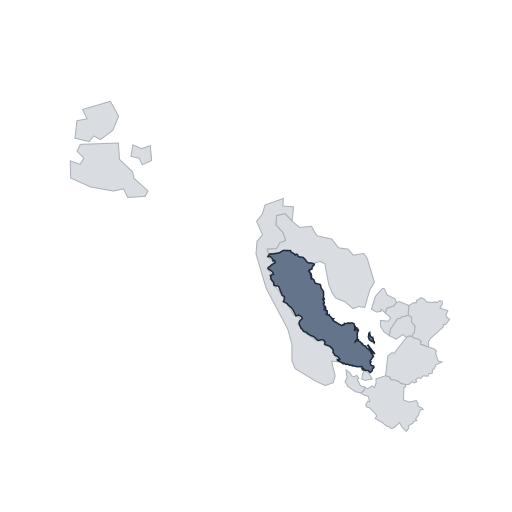 Sweden shown with its bordering countries, rotated 305°
{"feature_id": "SWE", "entity_name": "Sweden", "entity_type": "country or territory", "adm_level": 0, "iso_a3": "SWE", "parent_name": "Europe", "parent_adm1": "", "projection": "mercator", "projection_center": [17.555, 62.192], "detail": "fine", "context": "with_neighbors", "style": "filled", "palette": "slate", "viewbox_px": 512, "rotation_deg": 305, "n_neighbors": 9, "source": "natural_earth", "source_scale": "50m", "svg_char_len": 10423}
<svg xmlns="http://www.w3.org/2000/svg" viewBox="0 0 512 512"><g transform="rotate(305 256 256)"><path d="M237.3,58.9L239.3,49.2L246.7,48.1L269.6,78.5L256.9,88.7L254.1,106.8L249.7,111.3L247.3,130.2L241.2,131.0L230.4,117.3L235.0,109.0L227.4,102.0L217.6,80.8L213.6,59.5L227.4,49.3L230.2,59.3L237.3,58.9ZM317.8,258.6L305.2,265.6L307.3,255.5L300.8,249.7L293.0,254.7L290.5,265.2L285.7,271.4L280.3,268.0L273.7,268.7L268.1,261.3L265.1,265.0L262.0,265.6L261.2,274.7L251.7,272.5L250.4,280.1L245.5,280.1L237.2,303.7L229.3,320.8L231.2,324.8L229.4,329.4L224.4,329.2L221.1,339.9L221.5,354.3L224.7,359.7L223.0,371.8L216.6,384.4L213.2,378.3L203.2,389.6L196.5,391.9L189.6,387.0L187.7,376.4L186.2,352.5L190.8,345.5L204.1,336.2L214.1,324.3L235.4,282.8L257.7,254.8L268.8,248.3L277.1,249.1L284.8,236.5L294.0,237.2L303.0,234.1L318.8,245.4L312.3,249.4L317.8,258.6ZM299.2,48.0L291.7,63.3L277.1,66.6L262.2,61.9L261.3,54.2L254.1,53.7L248.6,40.2L264.1,31.7L271.5,39.0L276.6,29.9L299.2,48.0ZM285.7,106.1L274.4,115.8L265.5,110.4L269.0,104.2L265.9,96.4L276.4,91.4L278.4,100.7L285.7,106.1Z" fill="#d9dde1" stroke="#a8b0b8" stroke-width="1"/><path d="M303.1,409.6L308.4,411.9L309.1,414.1L311.7,413.0L316.7,415.2L317.2,419.3L316.1,421.7L319.2,427.4L321.3,428.9L321.0,430.5L324.4,432.0L325.8,434.2L323.9,436.1L318.8,436.6L321.3,444.6L316.9,445.1L315.4,446.9L315.1,451.0L308.5,450.6L307.2,448.7L305.3,450.1L288.7,446.2L284.8,446.4L282.0,448.6L279.6,448.9L279.5,445.3L278.0,441.5L281.0,439.8L281.0,436.4L279.6,433.2L279.4,429.5L284.3,429.5L289.8,426.3L290.9,421.4L295.1,418.6L294.6,414.6L303.1,409.6Z" fill="#d9dde1" stroke="#a8b0b8" stroke-width="1"/><path d="M279.4,429.5L279.6,433.2L281.0,436.4L281.0,439.8L278.0,441.5L282.2,455.9L281.6,458.2L279.1,459.1L274.5,465.6L275.8,469.1L269.9,465.6L266.3,466.7L263.9,465.9L261.0,467.6L258.4,464.9L256.3,465.9L253.7,461.6L250.0,461.1L249.5,458.7L246.0,457.8L245.3,459.8L242.6,458.2L242.9,456.0L239.1,455.3L236.7,452.7L234.6,447.6L235.0,444.7L233.8,440.3L232.0,437.4L233.4,435.1L232.2,430.8L249.8,421.3L254.9,422.8L255.3,424.9L275.6,425.9L278.2,426.8L279.4,429.5Z" fill="#d9dde1" stroke="#a8b0b8" stroke-width="1"/><path d="M294.6,414.6L295.1,418.6L290.9,421.4L289.8,426.3L284.3,429.5L279.4,429.5L278.2,426.8L275.6,425.9L275.7,421.3L268.2,418.4L267.2,410.9L272.9,408.1L286.3,407.8L287.1,409.6L289.7,410.2L294.6,414.6Z" fill="#d9dde1" stroke="#a8b0b8" stroke-width="1"/><path d="M298.6,397.6L301.0,399.7L303.1,409.6L294.6,414.6L289.7,410.2L287.1,409.6L286.3,407.8L272.9,408.1L267.2,410.9L267.3,404.0L269.8,398.2L274.6,394.9L278.6,401.9L282.6,401.8L283.6,394.6L287.9,392.9L294.4,397.6L298.6,397.6Z" fill="#d9dde1" stroke="#a8b0b8" stroke-width="1"/><path d="M302.1,378.3L302.8,380.0L299.3,385.6L300.7,394.6L298.6,397.6L294.4,397.6L287.9,392.9L283.6,394.6L284.2,388.9L282.3,390.2L279.1,386.7L278.7,381.1L291.4,376.9L302.1,378.3Z" fill="#d9dde1" stroke="#a8b0b8" stroke-width="1"/><path d="M232.2,430.8L233.4,435.1L232.0,437.4L233.8,440.3L235.0,444.7L234.6,447.6L236.7,452.7L234.5,453.6L233.1,452.6L222.7,459.4L224.1,465.0L229.5,470.2L227.8,473.7L226.0,474.7L226.7,479.6L226.2,480.9L224.6,479.3L222.2,479.1L218.6,480.5L214.2,480.1L213.4,482.1L210.9,480.0L209.4,480.5L204.0,478.2L202.9,479.8L198.6,479.7L199.3,474.4L201.8,469.1L194.6,467.7L192.2,465.7L192.5,462.3L191.5,460.5L192.0,455.2L191.2,446.7L194.2,446.7L195.5,443.6L196.7,436.0L195.8,433.1L196.8,431.3L201.0,430.9L201.9,432.7L205.4,428.5L204.2,425.3L204.0,420.4L207.8,421.5L211.0,420.2L211.1,423.6L216.2,425.6L216.1,428.6L221.3,427.0L224.1,424.7L232.2,430.8Z" fill="#d9dde1" stroke="#a8b0b8" stroke-width="1"/><path d="M211.0,420.2L207.8,421.5L204.0,420.4L201.9,415.5L201.8,406.2L204.1,401.0L208.5,400.4L214.3,395.2L214.2,400.0L212.7,403.0L213.3,405.6L216.0,407.0L214.8,410.4L213.3,409.4L209.6,415.9L211.0,420.2ZM223.4,410.1L225.0,414.6L221.9,421.8L216.7,416.8L216.0,413.1L223.4,410.1Z" fill="#d9dde1" stroke="#a8b0b8" stroke-width="1"/><path d="M305.2,265.6L304.4,275.3L312.1,284.3L307.5,294.2L313.4,308.5L310.0,318.9L314.5,327.6L312.4,335.1L319.9,342.8L318.0,348.3L302.5,367.9L293.4,368.7L276.3,374.6L273.4,369.0L268.5,365.7L269.6,355.4L267.2,345.6L269.6,339.2L274.2,332.1L289.1,316.9L288.5,311.8L281.5,306.0L279.8,301.2L279.7,281.1L265.1,265.0L268.1,261.3L273.7,268.7L280.3,268.0L285.7,271.4L290.5,265.2L293.0,254.7L300.8,249.7L307.3,255.5L305.2,265.6Z" fill="#d9dde1" stroke="#a8b0b8" stroke-width="1"/><path d="M218.4,382.6L218.8,383.8L219.2,384.0L219.7,383.7L220.0,382.8L220.5,380.1L219.9,377.5L219.9,377.1L220.7,376.1L221.2,374.4L221.4,374.1L222.3,373.9L223.0,373.4L223.9,371.9L224.1,370.6L224.1,369.9L224.3,369.4L224.5,368.4L224.3,367.5L223.7,366.0L223.1,363.9L223.0,362.8L223.9,362.3L224.9,362.3L225.1,362.2L225.4,361.0L225.7,360.5L225.8,359.7L225.9,359.1L225.3,358.1L224.5,357.1L223.9,356.8L222.3,355.2L223.0,350.4L223.0,349.1L222.1,345.8L222.2,344.4L222.0,342.2L222.6,341.3L222.2,340.3L221.5,338.0L222.6,335.8L222.4,334.6L223.0,333.7L224.8,330.7L225.5,330.0L226.5,329.4L227.6,329.1L228.0,329.1L231.4,329.8L231.6,329.5L232.3,328.0L232.3,327.0L232.2,325.5L232.0,324.6L229.8,323.2L232.2,318.9L233.4,316.2L233.7,315.1L234.0,314.7L234.3,310.5L234.6,309.3L234.8,308.7L234.8,308.0L234.3,304.5L236.8,304.0L238.5,303.0L239.1,302.3L238.8,300.0L239.4,299.2L241.1,296.4L242.9,293.8L243.7,292.7L243.9,291.5L243.5,290.2L242.3,287.9L242.6,286.9L244.0,286.3L244.6,285.2L245.6,281.7L247.6,279.9L248.3,278.9L251.3,280.8L252.4,278.5L252.6,277.6L252.5,276.0L252.5,273.9L252.6,273.1L253.7,272.6L255.6,273.5L257.1,273.6L261.2,275.4L261.7,275.4L263.0,273.8L261.7,272.9L262.6,272.0L263.0,271.1L263.4,270.0L263.6,268.6L263.5,267.9L262.4,266.2L265.0,266.0L266.3,266.8L266.4,267.0L266.5,267.8L267.8,268.9L268.2,269.5L269.0,270.4L269.2,270.8L270.0,271.4L271.9,273.2L272.9,273.8L273.7,274.0L275.9,275.0L276.2,275.3L277.5,276.8L277.9,278.4L278.6,278.5L278.8,279.1L279.4,280.0L280.2,280.9L280.2,281.2L279.5,282.0L279.4,283.0L279.5,284.3L279.7,285.4L279.7,285.7L279.3,286.7L279.3,287.5L280.3,287.7L280.7,288.0L280.9,289.2L280.8,289.4L280.3,290.0L280.1,290.4L280.1,291.1L280.2,291.8L280.4,292.6L281.7,295.0L281.9,295.9L281.7,296.3L281.5,297.2L281.4,298.2L281.3,298.9L280.8,299.8L280.5,300.1L280.4,300.6L280.4,301.4L280.5,303.0L280.6,303.4L280.8,303.7L281.5,304.3L282.3,306.2L282.8,308.5L281.5,308.8L280.5,308.2L279.9,308.5L279.1,308.5L278.1,308.7L277.7,309.2L277.5,309.4L276.6,308.7L275.7,307.7L275.0,308.5L274.6,308.6L274.3,307.9L273.9,307.8L273.8,308.1L273.6,308.7L273.4,309.2L273.3,309.5L273.3,310.8L273.2,311.1L272.4,310.9L272.4,311.2L272.6,311.4L272.7,311.6L272.4,311.9L271.5,311.9L271.4,312.1L271.7,312.6L271.5,313.0L271.3,313.2L270.3,313.4L269.7,313.4L269.6,313.6L269.5,314.0L269.6,314.3L269.9,314.5L270.0,314.7L269.9,315.1L269.7,315.2L269.1,314.4L268.9,314.5L269.1,314.9L269.4,315.3L269.6,315.8L269.8,316.3L269.8,316.8L269.0,318.1L267.9,319.7L267.6,320.5L268.3,321.5L268.9,323.7L269.5,324.6L269.2,325.6L268.2,326.5L267.0,327.9L265.7,331.5L265.3,332.0L264.1,332.6L263.7,333.2L262.9,333.8L261.4,334.4L260.7,335.3L260.4,336.1L260.1,336.2L259.3,335.6L259.3,336.5L258.6,335.9L258.2,336.5L258.0,337.4L257.0,338.6L255.9,338.4L255.7,338.6L256.0,338.8L256.1,339.0L255.6,339.1L255.1,339.3L254.8,339.3L254.4,340.6L253.5,340.9L253.3,341.3L254.3,341.4L254.1,342.4L253.0,343.0L252.8,343.4L252.6,343.6L252.1,343.6L252.2,343.1L251.5,343.1L251.3,342.5L251.1,342.7L251.2,343.2L251.6,344.4L251.5,344.8L251.3,345.0L251.4,345.3L251.8,345.4L251.9,345.7L251.5,345.9L250.9,346.8L250.3,346.8L250.0,347.3L249.6,347.3L249.3,347.0L248.8,346.7L248.6,347.2L248.6,347.6L248.9,348.6L249.4,349.4L249.9,349.7L249.5,349.9L249.3,350.4L248.6,353.6L248.8,355.0L249.1,355.6L248.4,355.5L247.7,355.2L247.8,355.9L247.4,356.7L247.5,358.0L247.4,358.8L247.6,359.0L247.7,359.5L247.5,359.9L247.6,360.2L247.8,362.9L247.7,363.3L248.1,364.7L248.0,365.9L248.5,366.5L249.5,366.5L250.0,367.6L250.4,367.5L251.1,367.1L251.5,367.0L251.8,367.8L252.6,368.9L253.0,369.4L253.8,369.6L254.6,370.5L254.4,371.5L254.8,371.8L255.7,372.2L256.5,373.6L256.7,374.8L256.6,375.5L255.4,376.5L254.7,377.4L253.8,378.1L253.5,378.3L253.1,378.6L252.8,378.8L252.6,378.7L251.6,379.4L251.6,379.7L252.4,379.8L252.8,379.7L253.1,379.3L253.4,379.3L253.7,379.3L254.3,378.9L254.6,379.1L254.9,379.7L254.3,380.1L253.8,380.1L253.6,381.2L253.2,381.9L252.2,382.3L251.6,382.9L250.9,383.4L250.6,383.3L250.1,383.8L249.0,384.3L248.5,385.1L247.2,385.8L246.6,386.3L244.9,386.4L243.3,386.2L242.7,386.5L243.3,386.6L243.6,386.8L244.1,386.7L245.6,387.0L246.3,387.9L245.8,388.2L245.0,388.5L245.5,390.6L245.2,391.1L245.2,393.4L244.7,393.4L244.5,394.4L244.6,394.9L244.6,396.0L244.7,396.7L245.0,397.3L244.8,398.0L244.1,399.5L244.1,400.3L244.2,400.7L244.3,401.4L243.7,403.8L243.4,404.7L242.8,405.8L242.4,406.6L241.6,409.1L241.3,409.6L240.8,410.0L240.3,409.6L239.8,409.5L239.2,409.5L238.3,409.8L236.9,409.6L235.5,409.7L235.2,409.9L235.4,410.8L234.9,411.0L234.4,410.7L233.6,411.3L232.9,412.1L232.7,412.6L232.6,413.6L233.0,414.4L233.3,415.4L232.5,416.5L232.0,416.6L230.6,416.2L228.2,417.0L226.0,416.4L226.2,415.8L226.2,415.3L226.4,413.9L226.4,413.4L226.2,412.9L225.7,412.2L224.5,409.9L224.1,408.9L223.9,408.5L224.0,408.5L225.1,409.0L225.5,408.7L225.2,408.0L225.0,407.6L224.8,407.1L225.4,407.0L225.8,407.0L226.1,406.5L225.9,405.5L225.1,405.1L224.4,403.6L223.6,402.9L222.3,399.9L221.8,397.8L221.3,398.0L220.9,396.3L220.9,395.6L220.2,395.3L220.0,392.9L219.2,392.6L218.7,391.5L218.6,389.4L218.1,389.0L217.7,389.1L217.7,388.5L217.8,388.1L217.6,386.1L217.5,384.3L217.3,383.7L217.2,383.1L217.3,382.5L217.4,382.2L217.9,382.1L218.4,382.6ZM257.2,394.2L256.8,394.4L256.5,395.1L255.9,395.4L255.7,397.5L256.3,398.3L256.0,398.4L255.7,398.6L255.5,399.0L255.3,399.7L254.5,400.2L254.2,400.5L253.7,401.2L253.5,402.2L253.0,402.6L252.5,402.7L252.8,401.9L253.2,401.2L252.8,400.8L252.6,400.0L252.3,399.5L252.5,398.8L252.4,397.8L252.4,396.8L253.2,395.9L253.8,394.9L254.5,394.2L255.4,393.9L255.8,394.2L256.0,393.6L256.3,393.4L256.6,393.6L257.2,394.2ZM244.3,408.5L244.1,409.0L243.8,408.9L243.7,408.3L243.7,406.7L243.7,406.0L244.8,403.1L245.3,402.9L246.0,401.2L246.2,400.4L246.5,399.7L246.7,399.0L246.8,398.8L247.3,399.0L247.0,399.4L247.0,400.1L246.1,402.1L245.9,403.5L245.6,403.8L244.3,408.5ZM257.6,393.3L257.5,393.9L257.2,393.9L257.0,393.5L257.5,392.8L258.2,392.8L258.5,393.0L257.6,393.3ZM254.8,378.3L254.6,378.6L254.5,378.2L254.6,377.8L254.9,377.5L255.3,377.7L255.3,377.8L254.8,378.3ZM253.8,382.7L253.5,382.7L253.8,382.1L254.2,381.9L253.8,382.7Z" fill="#64748b" stroke="#1e293b" stroke-width="1.5"/></g></svg>